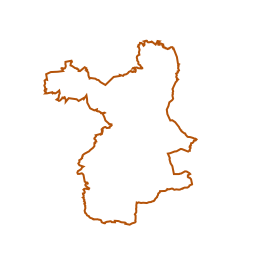 outline of Santa María de los Ángeles, Jalisco, Mexico, rotated 243°
{"feature_id": "50627088B16620739147386", "entity_name": "Santa María de los Ángeles", "entity_type": "district", "adm_level": 2, "iso_a3": "MEX", "parent_name": "Mexico", "parent_adm1": "Jalisco", "projection": "natural_earth1", "projection_center": [-103.187, 22.191], "detail": "fine", "context": "isolated", "style": "outline", "palette": "amber", "viewbox_px": 256, "rotation_deg": 243, "n_neighbors": 0, "source": "geoboundaries", "source_scale": "gbopen_adm2", "svg_char_len": 5804}
<svg xmlns="http://www.w3.org/2000/svg" viewBox="0 0 256 256"><g transform="rotate(243 128 128)"><path d="M161.8,202.3L162.6,201.7L169.0,203.8L178.0,204.7L178.0,204.2L179.8,204.3L180.5,202.9L180.4,201.5L180.1,201.0L180.6,200.1L180.2,199.4L180.3,199.1L181.5,198.3L181.9,197.7L182.3,197.9L183.0,197.4L183.2,196.7L183.8,196.1L184.4,196.0L184.7,196.5L185.0,196.1L185.6,196.1L185.4,196.7L186.5,197.3L189.4,194.7L189.3,193.9L187.9,193.9L188.0,193.4L188.6,192.8L189.4,193.4L190.6,193.1L191.0,195.3L192.1,193.8L190.8,192.5L191.0,192.3L189.8,190.5L194.2,188.4L194.0,187.6L194.5,187.1L194.6,186.2L195.2,184.8L196.6,184.2L197.1,184.4L197.5,183.9L197.9,181.9L197.5,182.2L195.0,180.2L194.7,180.1L194.8,180.3L194.6,180.4L194.3,180.0L194.4,179.2L196.7,179.0L197.6,178.5L198.4,177.3L197.0,176.0L197.2,175.1L196.6,174.8L196.3,174.0L196.0,173.8L195.6,174.5L192.4,173.8L190.5,172.1L188.1,171.4L188.2,170.1L187.7,168.5L186.6,167.7L184.9,167.4L183.9,166.8L182.5,167.2L181.8,167.1L180.6,166.3L179.5,166.6L178.4,167.4L176.8,167.3L175.2,168.0L174.7,167.8L174.9,167.0L176.8,164.1L177.9,163.3L178.3,162.1L178.8,161.4L178.8,160.7L179.2,159.8L178.9,159.2L178.6,160.1L176.3,161.3L175.0,160.5L174.7,160.0L175.8,159.0L175.5,158.5L175.8,157.6L176.2,157.6L176.5,156.8L177.5,156.5L177.6,154.3L176.8,152.4L176.7,150.6L177.3,148.8L176.7,147.3L179.0,144.8L178.1,144.5L178.2,144.0L180.0,138.4L176.6,127.4L181.4,124.3L184.1,123.5L185.2,122.1L186.7,121.4L189.3,117.7L189.5,116.3L190.3,116.6L190.8,116.3L192.7,116.6L195.6,117.8L197.3,117.1L197.1,117.5L198.3,118.0L199.6,117.2L200.2,118.0L201.8,117.0L200.5,111.1L201.2,109.8L202.2,110.3L202.8,110.4L203.9,109.3L204.3,109.5L205.5,108.0L208.5,106.4L209.9,105.2L211.9,106.6L212.4,108.1L213.6,108.2L215.3,102.3L213.1,101.1L212.2,101.0L211.0,100.4L210.0,99.2L209.8,98.6L210.8,96.9L211.4,96.4L211.4,95.8L211.1,95.7L209.6,96.5L208.9,95.6L208.3,95.8L210.0,91.0L212.9,84.6L213.1,79.5L207.7,77.8L208.5,77.0L208.1,75.2L205.2,74.4L203.8,72.7L202.1,72.6L200.4,72.1L200.3,72.6L199.8,73.0L199.3,72.6L199.9,72.0L199.8,71.3L199.2,70.6L198.0,70.6L197.7,71.0L197.1,71.2L196.6,71.0L196.3,70.1L195.6,71.6L194.3,76.6L193.7,76.4L193.4,76.9L193.0,76.8L193.0,77.9L192.2,78.3L191.8,79.1L192.1,81.9L192.6,83.7L189.8,82.9L188.5,81.3L186.3,79.9L185.7,77.3L184.5,78.3L184.5,78.6L183.5,78.8L183.4,79.9L184.1,82.3L184.3,82.8L184.9,83.3L184.8,83.7L183.6,84.3L183.6,84.8L184.3,85.1L184.3,85.5L181.3,85.4L179.6,84.4L181.5,88.7L176.9,95.3L174.5,96.3L174.8,102.0L173.9,101.9L176.0,105.8L172.5,104.7L169.1,103.2L162.7,103.2L159.0,106.0L158.7,108.7L157.5,107.8L156.3,108.9L156.2,109.5L155.8,109.8L154.0,110.9L153.4,110.7L153.1,111.1L152.3,114.1L152.1,114.2L152.2,111.9L148.2,111.8L144.9,111.3L140.9,112.9L140.4,112.8L138.2,115.6L138.3,115.3L137.8,114.6L137.5,113.6L137.4,112.6L137.6,112.4L136.6,111.7L137.6,109.1L139.1,108.4L139.4,107.5L139.4,105.8L138.9,104.3L138.4,104.7L137.8,103.8L137.5,104.0L136.6,103.1L136.4,103.7L134.5,102.0L134.5,100.7L135.2,100.6L136.2,96.0L135.4,96.1L135.1,95.8L134.2,93.5L133.7,93.1L132.1,93.7L130.4,93.6L130.6,92.7L129.5,92.0L129.8,91.2L127.1,89.8L126.2,87.8L125.5,84.3L124.9,82.8L124.8,77.4L124.4,75.5L124.1,75.0L123.3,74.7L122.9,73.8L121.9,73.4L121.9,72.5L121.5,72.0L121.4,69.9L119.8,69.4L118.9,67.6L116.9,67.8L113.9,70.7L113.7,69.1L112.9,68.1L112.5,67.0L112.3,63.8L111.2,62.6L109.9,62.5L109.2,63.7L108.6,66.3L107.3,66.9L106.3,67.0L99.9,65.1L98.6,65.8L97.8,67.0L96.9,67.0L96.7,66.7L97.4,65.8L97.5,65.2L96.8,64.2L96.2,64.0L93.7,64.9L91.9,66.0L91.3,65.2L93.4,62.4L93.6,61.2L93.3,60.4L92.9,60.6L90.5,60.4L89.8,59.5L90.1,58.1L89.2,57.8L88.9,58.0L88.0,57.9L86.4,56.8L86.4,56.6L86.0,56.9L85.5,56.4L84.9,56.3L84.2,56.6L83.9,56.3L82.8,56.1L82.7,55.6L81.3,55.9L80.5,54.9L80.1,55.2L79.8,54.7L77.9,54.6L77.6,54.2L76.0,53.7L74.0,51.8L71.8,51.3L71.0,51.8L68.7,51.9L67.0,53.2L66.0,53.1L65.0,53.7L63.4,55.2L62.7,55.4L62.5,56.0L62.1,56.0L60.5,59.4L59.4,60.6L59.1,61.2L57.9,62.1L56.0,61.8L54.4,63.1L53.6,64.1L53.6,64.4L54.2,64.8L54.0,66.9L53.7,67.3L52.9,70.0L52.3,70.6L51.5,70.8L49.9,73.6L51.3,74.1L51.1,74.5L49.3,77.4L47.1,79.2L45.1,82.4L44.3,82.8L43.8,82.2L41.1,85.6L41.2,88.3L40.7,91.0L40.8,91.9L41.5,92.5L42.3,92.5L43.4,93.4L46.5,95.0L48.0,94.9L49.1,97.0L50.6,97.9L51.5,98.1L52.1,98.6L52.7,98.7L53.4,99.4L55.2,100.2L57.6,101.9L56.9,102.5L56.9,103.7L55.3,105.5L54.5,107.6L52.6,110.7L52.4,112.9L51.6,114.9L51.6,116.3L51.3,117.4L51.5,117.8L51.3,118.1L51.6,118.9L52.6,120.3L53.2,122.5L53.6,122.6L54.6,124.2L55.9,125.2L56.2,127.0L57.2,127.8L55.1,132.4L55.1,134.4L55.8,135.3L54.8,136.5L54.1,139.6L53.6,140.3L52.6,140.7L51.8,141.5L51.5,143.0L49.8,145.6L49.5,146.7L49.5,148.3L49.1,149.0L49.4,149.3L49.2,151.3L47.9,154.0L48.2,156.0L48.9,156.7L48.8,158.5L48.6,159.2L48.8,159.6L53.7,160.9L55.6,160.4L56.6,159.3L57.3,159.1L58.7,159.9L58.8,162.5L59.9,162.2L62.6,160.5L63.5,159.1L63.3,154.6L63.8,153.2L63.7,152.8L66.1,148.0L73.9,150.2L77.2,149.9L81.4,150.8L82.2,151.6L87.1,151.9L86.4,154.2L85.9,158.9L85.2,160.7L85.4,165.4L84.7,166.5L79.7,170.9L79.9,172.3L79.7,172.8L80.7,173.1L81.7,174.6L82.1,174.8L83.1,174.3L83.6,175.7L84.0,175.4L84.4,176.2L85.8,177.4L85.4,178.5L85.7,179.8L86.7,180.8L86.2,182.6L86.7,183.9L87.5,183.5L88.2,182.9L88.6,182.0L89.4,181.6L90.8,180.2L91.7,179.2L92.9,177.3L93.3,177.0L96.0,176.3L97.1,176.5L97.9,175.7L100.8,174.2L101.6,174.4L101.8,174.1L104.3,173.8L105.6,173.9L111.7,172.7L114.8,171.0L115.5,169.1L122.5,169.4L126.8,170.9L129.2,174.0L132.1,176.5L132.8,180.1L133.6,181.5L136.4,182.2L137.4,182.7L137.9,183.5L139.0,183.7L140.2,184.9L142.5,185.3L142.6,185.7L143.5,186.6L147.2,191.3L147.5,192.6L148.2,193.2L148.4,194.3L149.2,193.7L149.4,193.8L149.1,194.5L151.3,194.1L152.0,194.4L152.9,195.5L154.6,195.6L154.7,197.3L155.8,197.9L155.5,198.4L156.1,199.0L156.2,199.6L158.6,199.8L158.9,200.2L159.8,200.5L160.3,201.3L161.1,201.1L161.7,201.8L161.8,202.3Z" fill="none" stroke="#b45309" stroke-width="2"/></g></svg>